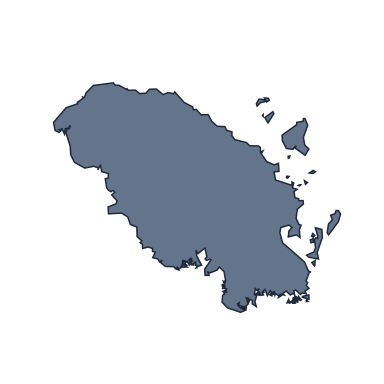 Guimaras, Guimaras, Philippines, rotated 282°
{"feature_id": "2640588B8298467794963", "entity_name": "Guimaras", "entity_type": "district", "adm_level": 2, "iso_a3": "PHL", "parent_name": "Philippines", "parent_adm1": "Guimaras", "projection": "albers", "projection_center": [122.576, 10.57], "detail": "fine", "context": "isolated", "style": "filled", "palette": "slate", "viewbox_px": 384, "rotation_deg": 282, "n_neighbors": 0, "source": "geoboundaries", "source_scale": "gbopen_adm2", "svg_char_len": 6124}
<svg xmlns="http://www.w3.org/2000/svg" viewBox="0 0 384 384"><g transform="rotate(282 192 192)"><path d="M231.3,42.1L223.7,45.3L222.7,49.6L224.8,51.1L225.5,50.8L225.1,49.6L225.3,49.3L225.6,51.0L226.8,51.2L226.8,51.7L222.2,55.2L227.4,54.9L229.1,58.4L231.1,58.4L231.1,59.1L228.4,58.9L227.8,56.7L223.7,56.4L211.3,63.4L203.2,65.6L196.6,70.9L193.1,82.1L196.7,90.5L196.1,95.6L194.8,95.2L194.7,95.5L198.9,96.6L199.0,97.0L193.1,99.4L192.7,106.3L188.1,107.1L187.0,104.4L178.5,107.6L176.5,109.7L175.4,112.4L175.9,111.7L175.5,112.9L176.8,113.9L177.0,114.5L176.8,115.1L175.6,116.4L172.4,114.0L167.9,120.4L164.7,120.2L159.9,113.0L153.3,114.9L156.7,127.5L154.3,134.3L147.4,138.5L146.3,145.3L136.9,147.6L133.9,153.0L131.7,151.8L130.6,154.4L126.5,155.5L129.1,160.6L128.5,165.1L125.7,165.7L125.6,168.6L119.6,167.2L119.4,172.4L116.8,174.9L119.3,176.9L116.3,176.3L113.6,181.6L115.2,189.9L113.6,191.7L115.4,193.3L114.1,194.7L116.1,197.7L116.9,196.9L118.3,197.3L116.5,198.3L117.6,202.7L119.1,198.5L120.8,197.5L120.9,197.8L121.4,197.4L122.6,197.2L123.2,197.3L123.1,200.4L121.9,197.6L119.9,199.3L123.1,201.5L120.3,204.6L123.9,204.8L124.0,203.0L126.5,204.1L124.9,205.3L127.5,205.5L124.4,205.6L124.6,207.1L123.6,205.5L120.7,206.2L120.9,209.1L121.5,207.5L124.3,210.1L120.3,210.5L122.2,210.7L120.4,213.0L122.4,216.6L130.5,209.9L135.9,208.0L133.0,210.6L139.8,216.3L131.8,220.0L129.3,218.7L128.1,220.6L130.1,223.3L129.5,224.6L119.2,220.5L113.2,222.1L114.0,226.1L117.6,223.5L116.4,226.0L120.7,232.7L124.2,234.3L120.9,239.8L112.4,243.3L111.3,241.9L110.9,243.2L110.2,243.2L111.0,241.3L108.1,243.1L107.7,240.3L107.8,241.7L107.1,243.7L106.8,241.0L105.3,242.0L106.7,244.3L103.6,241.6L105.4,244.6L104.3,243.2L104.5,246.0L103.3,245.9L101.7,243.7L101.9,246.2L101.3,246.7L100.6,243.6L99.0,245.0L97.4,243.4L90.5,244.3L86.1,250.6L84.4,264.5L87.4,268.8L88.4,264.7L90.2,260.9L92.1,259.8L93.6,261.3L91.1,261.4L90.7,264.2L88.6,265.1L90.1,266.7L90.9,265.1L90.6,267.9L94.2,270.2L99.7,267.0L99.8,269.3L96.7,269.4L99.0,271.4L98.4,273.5L95.1,274.2L93.3,278.7L97.9,276.3L103.7,276.8L105.0,274.2L110.6,274.0L109.6,275.1L111.3,278.1L109.2,276.2L108.2,278.3L105.6,275.5L104.4,277.0L107.3,278.0L104.3,279.2L107.2,279.1L105.2,280.9L106.2,283.3L108.1,281.7L109.1,283.8L109.1,281.7L111.8,283.8L106.3,287.2L111.8,289.1L110.3,290.3L111.5,293.0L108.3,292.4L110.1,293.6L108.3,294.5L110.0,294.7L108.7,298.0L110.3,299.7L110.4,303.7L111.7,302.1L114.7,304.6L111.7,309.6L113.9,312.2L112.7,313.8L116.6,312.1L117.8,313.7L114.3,319.3L116.3,321.0L116.1,325.0L118.5,323.1L122.1,326.4L124.2,323.3L127.4,324.0L128.6,322.0L138.1,323.5L138.4,325.1L138.9,322.3L147.0,316.5L161.2,291.1L170.4,286.4L175.7,286.2L179.8,293.8L178.0,297.1L173.9,294.9L168.0,295.5L171.9,303.3L169.9,307.1L177.3,304.9L182.2,305.6L182.5,303.3L187.9,299.3L197.0,298.6L203.5,303.5L206.7,302.4L205.7,298.6L207.7,297.6L207.8,293.9L213.7,291.7L216.5,294.3L216.8,289.9L219.3,288.2L221.1,271.3L228.7,268.1L230.3,272.8L238.0,270.6L235.6,266.7L237.3,258.7L243.8,251.9L246.9,252.8L245.2,250.8L249.9,249.5L250.9,247.3L249.2,238.9L251.7,234.9L252.1,222.9L255.5,219.3L259.1,218.6L259.6,213.0L262.8,210.5L261.5,203.0L265.3,196.6L271.1,191.7L269.4,184.9L273.7,178.9L272.7,176.1L275.4,175.0L277.9,165.8L286.3,154.3L284.3,153.6L284.3,148.1L281.3,143.4L285.3,135.8L283.7,129.1L279.0,126.3L277.4,120.3L279.9,115.3L278.2,108.6L280.0,106.4L279.0,107.2L278.6,106.9L281.2,98.5L280.5,94.7L282.4,92.3L275.7,73.4L267.2,67.9L262.2,67.0L255.8,61.2L254.5,61.8L248.3,51.4L231.3,42.1ZM279.5,280.3L266.3,268.3L260.9,269.8L254.2,275.2L254.7,281.8L259.0,284.1L256.3,284.0L251.4,295.0L258.4,297.4L261.3,292.5L268.6,289.6L281.4,291.3L287.3,287.2L287.0,285.7L284.4,286.1L281.9,280.0L279.5,280.3ZM158.7,323.8L154.0,317.2L152.5,319.9L152.7,329.7L158.6,327.0L174.8,329.0L182.4,326.8L182.7,320.1L175.0,324.2L172.8,324.7L173.1,322.7L170.6,321.8L163.3,324.4L158.7,323.8ZM189.3,332.2L180.2,332.7L178.5,334.5L193.3,341.3L201.3,341.9L204.2,339.1L203.9,336.8L200.6,336.4L198.1,332.4L193.9,335.1L189.3,332.2ZM287.4,254.4L279.9,247.8L275.3,252.0L285.6,255.8L287.4,254.4ZM291.7,236.6L289.6,237.8L293.5,240.3L295.7,244.9L297.3,242.9L296.8,238.2L291.7,236.6ZM115.5,327.8L112.9,321.8L112.0,321.8L111.4,328.7L115.5,327.8ZM297.9,248.5L299.6,247.1L299.0,243.3L295.6,246.4L297.9,248.5ZM150.4,326.7L147.9,323.8L145.1,327.0L145.8,327.4L150.4,326.7ZM169.8,317.7L167.1,318.8L168.0,321.1L171.6,320.4L169.8,317.7ZM107.0,308.9L102.5,307.7L104.2,308.3L103.5,310.6L105.5,312.5L104.1,313.5L105.0,317.0L104.9,313.6L106.2,312.5L104.1,310.2L107.0,308.9ZM237.5,308.5L238.3,306.1L235.0,302.8L235.3,306.5L237.5,308.5ZM175.1,321.2L176.6,318.8L173.7,318.1L173.0,319.9L175.1,321.2ZM225.2,302.9L226.5,299.7L223.1,301.4L225.2,302.9ZM108.0,315.6L108.0,314.3L107.0,314.8L106.2,318.3L109.1,317.8L107.0,317.8L106.9,317.1L109.0,317.0L108.0,315.6ZM227.4,283.7L227.2,281.5L225.7,281.3L225.5,282.7L227.4,283.7ZM247.6,280.3L247.0,278.6L244.9,279.2L245.2,279.8L247.6,280.3ZM110.5,315.8L109.1,318.1L111.2,319.0L112.0,317.9L110.4,317.8L110.5,315.8ZM110.4,313.6L108.0,312.7L108.7,313.5L107.2,313.7L106.5,314.5L107.0,314.1L110.4,313.6ZM107.6,289.5L107.0,291.7L109.2,291.9L109.5,290.5L107.6,289.5ZM222.5,287.7L218.8,288.6L218.9,289.5L221.9,289.7L222.5,287.7ZM111.2,314.2L108.9,315.0L111.2,315.7L111.2,314.2ZM109.2,298.8L106.9,298.5L108.9,300.6L109.2,298.8ZM113.5,195.2L113.3,192.2L113.0,195.5L113.5,195.2ZM90.7,268.9L89.3,267.6L88.8,267.8L89.0,269.3L90.7,268.9ZM109.1,318.4L108.5,320.6L109.3,321.4L110.3,319.7L109.1,318.4ZM120.0,200.3L118.6,200.3L119.4,202.2L120.0,200.3ZM280.8,245.9L282.5,245.5L281.4,245.0L280.8,245.9ZM221.6,296.8L221.3,295.5L220.5,294.6L220.3,296.0L221.6,296.8ZM110.6,327.2L109.4,325.7L109.8,326.8L110.6,327.2ZM96.4,270.6L95.7,269.4L95.0,270.2L96.4,270.6ZM107.9,313.1L106.2,313.2L106.7,314.0L107.9,313.1ZM109.8,327.0L108.6,326.8L109.2,328.2L109.8,327.0ZM109.5,316.0L108.2,315.8L109.1,316.4L109.5,316.0ZM119.6,212.2L118.5,211.8L118.9,212.5L119.6,212.2ZM89.1,266.5L88.4,266.0L88.6,267.3L89.1,266.5ZM262.1,65.4L261.3,65.9L261.9,66.3L262.1,65.4ZM229.1,58.5L228.3,58.4L228.9,58.7L229.1,58.5ZM106.4,314.7L105.7,314.8L106.3,315.2L106.4,314.7Z" fill="#64748b" stroke="#1e293b" stroke-width="1.5"/></g></svg>